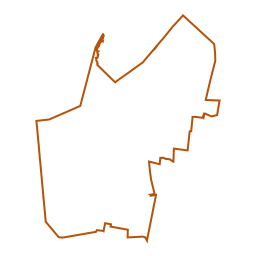 outline of Vanegas, San Luis Potosí, Mexico
{"feature_id": "50627088B68070398631326", "entity_name": "Vanegas", "entity_type": "district", "adm_level": 2, "iso_a3": "MEX", "parent_name": "Mexico", "parent_adm1": "San Luis Potosí", "projection": "mercator", "projection_center": [-100.935, 24.137], "detail": "fine", "context": "isolated", "style": "outline", "palette": "amber", "viewbox_px": 256, "rotation_deg": 0, "n_neighbors": 0, "source": "geoboundaries", "source_scale": "gbopen_adm2", "svg_char_len": 3697}
<svg xmlns="http://www.w3.org/2000/svg" viewBox="0 0 256 256"><path d="M174.0,25.3L173.9,25.3L173.7,25.5L167.4,33.2L165.2,36.0L154.4,48.7L155.0,48.5L154.6,49.0L154.1,49.5L151.9,51.6L142.7,62.5L142.4,62.7L136.9,66.6L134.8,68.1L134.7,68.2L134.2,68.5L133.6,69.0L130.1,71.5L129.7,71.8L127.8,73.2L126.5,74.1L126.2,74.3L123.1,76.5L122.8,76.7L122.1,77.2L121.7,77.5L121.2,77.9L121.0,78.0L120.7,78.2L120.6,78.3L119.1,79.3L118.4,79.9L117.9,80.2L115.1,82.3L97.3,64.9L97.5,64.4L97.7,63.9L97.3,63.5L97.4,63.1L97.3,62.8L97.3,62.2L97.3,61.8L96.9,61.5L96.4,60.9L96.3,60.5L96.3,59.8L96.2,59.6L96.2,59.0L96.2,58.7L96.2,58.3L96.0,57.9L96.3,57.9L96.5,57.9L96.9,57.8L97.0,57.8L97.3,57.8L97.3,57.7L97.5,57.7L97.6,57.4L97.7,57.0L97.6,56.9L97.7,56.7L97.7,56.4L97.8,56.3L97.8,56.2L97.9,55.9L98.0,55.7L98.1,55.4L98.1,55.2L98.3,54.9L98.3,54.7L98.2,54.5L98.2,54.4L97.9,54.4L97.8,54.5L97.7,54.5L97.7,54.4L97.7,54.2L97.7,53.9L97.7,53.7L97.6,53.4L97.5,53.2L97.4,53.1L97.3,52.9L97.3,52.7L97.5,52.3L97.7,52.0L97.8,51.8L97.9,51.7L97.7,51.7L97.2,51.6L97.1,51.4L97.1,51.2L97.2,50.8L97.1,50.7L97.4,50.7L97.1,50.4L96.9,50.2L96.7,49.9L96.5,49.6L96.5,49.4L96.4,49.2L96.8,49.2L97.0,49.2L97.1,48.8L97.0,48.7L96.8,48.5L97.5,48.1L97.6,47.9L97.7,47.7L97.8,47.6L97.9,47.4L98.0,47.3L98.9,46.2L98.8,45.6L98.4,45.3L98.7,45.2L98.9,45.1L99.1,45.1L99.3,45.0L99.3,44.9L99.4,44.7L99.4,44.4L99.5,44.3L99.5,44.2L99.4,44.0L99.4,43.9L99.4,43.7L99.4,43.4L99.6,43.3L99.9,43.2L99.9,42.9L99.9,42.6L99.9,42.4L100.0,42.2L100.7,42.2L100.8,42.2L101.0,41.9L101.2,41.6L101.1,41.4L101.2,41.2L101.3,41.1L101.3,40.9L102.7,41.5L102.7,40.7L102.9,40.5L102.8,40.4L102.6,40.2L102.4,40.0L102.2,39.5L102.1,38.8L102.3,38.8L102.8,38.8L103.0,38.1L103.1,37.8L103.1,37.4L103.2,37.2L103.3,36.8L103.3,36.7L103.5,36.4L103.6,36.2L103.7,35.8L103.6,35.7L103.5,35.4L103.5,35.2L103.5,34.9L103.4,34.8L103.4,34.7L103.2,34.5L103.1,34.4L103.0,34.2L102.9,34.2L100.4,38.7L99.6,40.1L97.2,44.4L97.2,44.5L96.4,46.0L95.9,46.9L95.6,47.4L92.3,60.0L91.5,63.1L91.4,63.6L90.6,66.3L89.9,69.2L89.3,71.5L87.6,77.9L87.1,80.0L85.4,86.4L80.3,105.9L78.9,106.5L74.4,108.5L51.4,118.5L49.1,119.5L36.4,120.9L37.5,132.1L37.6,133.3L38.6,144.1L39.3,151.9L39.6,155.1L39.7,156.7L40.8,168.1L41.4,174.9L42.5,186.8L43.5,197.5L43.4,197.5L44.0,202.9L44.6,209.4L45.0,213.7L45.0,213.8L45.7,221.7L48.7,225.3L58.7,237.2L62.8,237.6L96.1,231.8L96.2,231.5L96.4,231.1L96.5,230.8L96.8,230.2L103.5,230.9L103.6,231.0L105.1,223.2L111.0,224.3L110.5,226.6L116.2,227.6L127.8,229.7L127.7,234.9L127.6,237.4L130.3,237.3L134.3,237.1L142.5,236.6L145.2,237.3L147.0,240.6L147.2,239.3L148.4,233.4L149.8,226.3L150.8,221.2L152.4,213.5L152.4,213.3L152.4,213.2L153.4,208.1L153.9,205.6L155.3,198.8L156.0,194.9L150.7,195.7L150.7,195.4L150.8,195.1L150.8,194.8L150.6,194.7L154.6,193.9L152.6,185.9L151.0,179.1L150.1,172.1L149.5,166.8L149.0,161.5L159.7,164.2L160.3,157.9L160.5,157.9L160.9,157.8L161.1,157.8L161.5,158.1L161.8,158.1L162.0,158.0L162.0,157.9L162.6,157.7L163.2,157.7L165.2,158.6L165.8,159.0L166.0,159.0L166.8,159.0L167.3,158.9L167.9,159.0L168.4,159.2L169.3,159.2L169.6,159.2L169.9,159.3L170.2,159.6L170.5,159.9L171.0,160.3L171.3,160.5L172.2,160.5L172.2,161.0L172.6,161.3L173.0,161.6L173.4,161.7L173.9,148.6L187.6,150.4L189.7,131.3L191.2,131.2L192.4,119.1L192.5,116.9L195.9,116.9L201.6,117.7L202.0,117.7L203.0,117.6L203.5,118.0L203.6,117.4L203.2,117.3L203.0,116.3L203.8,116.3L203.9,115.2L204.0,115.3L204.1,115.1L204.0,114.9L204.0,114.6L203.8,114.4L203.9,114.2L204.0,114.3L204.1,114.1L204.0,113.6L204.8,113.5L211.4,116.4L214.0,115.8L217.1,115.1L218.3,108.1L219.5,100.8L219.6,100.5L210.7,100.2L205.7,99.9L211.0,77.5L215.3,60.8L215.1,53.1L214.2,44.1L203.0,33.8L190.5,22.3L183.0,15.4L174.0,25.3Z" fill="none" stroke="#b45309" stroke-width="2"/></svg>